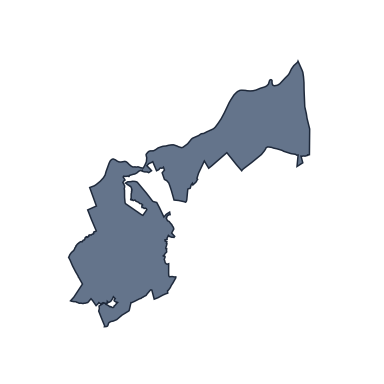 Santa Mare, Botosani, Romania, rotated 282°
{"feature_id": "2599482B82082933553236", "entity_name": "Santa Mare", "entity_type": "district", "adm_level": 2, "iso_a3": "ROU", "parent_name": "Romania", "parent_adm1": "Botosani", "projection": "robinson", "projection_center": [27.269, 47.633], "detail": "fine", "context": "isolated", "style": "filled", "palette": "slate", "viewbox_px": 384, "rotation_deg": 282, "n_neighbors": 0, "source": "geoboundaries", "source_scale": "gbopen_adm2", "svg_char_len": 6002}
<svg xmlns="http://www.w3.org/2000/svg" viewBox="0 0 384 384"><g transform="rotate(282 192 192)"><path d="M252.9,299.1L278.1,294.0L288.0,289.2L292.3,287.6L298.8,284.6L315.1,280.4L322.2,278.8L327.9,277.1L332.2,275.5L334.2,274.2L342.0,268.5L341.2,268.4L340.2,267.8L336.8,265.3L333.1,263.7L328.2,262.5L326.3,261.7L322.8,259.4L316.1,255.4L314.5,253.7L314.0,252.9L313.0,250.4L313.2,249.0L314.4,248.0L316.1,247.4L317.4,247.2L317.9,246.9L318.2,246.4L318.3,245.8L317.7,244.9L317.2,244.7L313.3,244.3L311.2,242.9L309.9,241.3L307.7,237.3L305.0,233.4L303.7,230.6L302.9,227.8L302.5,224.9L302.5,223.2L301.9,219.4L301.4,217.8L299.7,215.6L298.2,214.5L295.7,212.9L290.5,210.9L287.2,209.8L276.3,207.2L269.7,205.3L264.9,203.4L260.3,201.3L258.6,200.1L257.7,199.1L253.9,193.9L251.8,191.4L251.5,190.7L251.0,189.2L250.7,188.7L248.7,186.9L244.7,181.3L243.5,180.4L238.2,177.7L233.8,173.8L233.2,172.6L233.5,169.1L233.8,168.3L234.3,164.4L234.2,163.6L233.7,161.7L232.7,159.1L231.6,157.0L230.7,154.1L229.7,152.3L228.1,149.7L226.0,147.8L224.3,145.8L223.5,142.6L223.0,141.6L221.7,140.5L219.3,139.3L218.1,139.6L216.1,140.6L212.1,141.1L207.9,140.2L205.3,139.3L205.1,138.3L205.1,136.5L205.4,134.5L205.4,133.9L204.7,132.1L204.8,131.4L204.2,128.9L204.3,128.4L204.7,127.1L205.8,124.9L207.3,122.7L207.9,121.3L208.0,120.5L208.0,119.9L206.6,116.4L206.4,115.6L206.3,114.0L206.7,112.3L207.5,110.5L207.9,108.4L207.9,107.9L207.3,106.9L206.5,106.2L205.3,105.5L202.8,104.9L194.2,103.7L190.6,103.5L187.5,102.4L183.4,100.0L179.3,96.7L177.8,95.2L175.1,91.0L158.4,101.4L152.8,93.7L144.1,99.4L134.0,106.5L133.3,105.8L132.9,104.8L132.5,104.3L131.7,104.2L131.3,104.5L130.7,104.4L130.2,103.7L130.2,103.3L129.0,102.4L129.0,101.7L128.6,101.2L128.7,100.6L128.1,100.0L127.8,100.3L127.2,100.3L126.0,99.2L125.8,98.8L126.4,98.5L126.3,97.8L125.4,97.4L125.1,97.0L123.1,96.9L122.6,96.5L122.4,95.8L121.9,95.4L120.7,95.1L120.8,94.7L120.2,94.0L120.2,93.3L118.8,91.9L118.2,91.8L117.8,91.1L116.2,90.2L115.2,89.9L115.0,89.6L114.3,89.7L112.7,89.0L111.7,89.0L111.1,88.7L110.2,88.5L109.7,88.2L109.2,87.6L106.9,86.2L104.8,85.4L103.7,85.3L102.4,84.9L100.3,86.7L94.8,90.6L89.8,94.7L86.3,97.9L86.2,98.1L85.3,98.4L84.9,99.0L79.2,104.0L64.6,98.3L60.3,95.8L60.1,96.9L60.2,97.8L60.1,98.6L60.5,101.4L60.1,102.4L60.2,102.9L59.8,104.4L59.8,105.2L60.2,106.5L60.2,108.7L60.6,109.1L61.3,111.4L61.8,111.9L62.1,112.9L63.0,113.5L66.6,115.4L65.1,117.4L60.9,121.8L63.3,123.4L64.5,123.9L63.4,126.1L65.0,127.7L65.3,128.1L65.2,130.0L65.1,130.4L64.6,131.1L64.7,131.3L65.4,131.5L65.6,132.2L67.4,131.9L66.5,133.3L68.1,135.2L71.2,136.5L73.2,136.9L71.8,139.1L70.3,138.3L69.6,138.4L69.2,138.8L68.7,140.2L68.5,142.2L67.6,141.7L67.4,141.2L66.8,141.2L65.0,140.2L64.3,139.5L63.3,139.5L62.8,139.0L62.5,138.7L62.5,137.9L62.6,137.5L62.9,136.9L62.7,136.5L63.0,135.8L62.7,135.4L63.3,134.3L64.1,132.0L64.1,131.3L64.9,130.4L65.0,128.7L61.1,124.8L58.7,125.6L56.1,125.5L50.5,129.2L43.5,134.0L43.0,134.3L42.0,134.3L42.5,136.0L43.0,136.9L43.7,137.4L46.4,137.7L47.2,138.2L48.5,139.7L49.3,141.7L51.5,144.9L57.0,149.1L62.6,155.0L63.3,155.2L71.1,155.3L71.1,155.8L73.0,158.4L76.9,163.2L77.2,164.1L78.6,165.3L78.9,165.9L79.6,166.5L81.3,168.6L83.0,169.3L87.6,171.8L87.8,173.0L87.3,173.3L79.3,177.3L81.5,180.7L85.1,184.9L86.9,187.4L88.0,189.3L90.3,188.6L91.2,189.4L93.9,190.6L96.4,191.2L98.9,192.2L104.7,194.0L105.6,193.8L105.2,192.3L105.2,190.2L104.4,187.6L105.2,186.7L107.8,186.0L117.0,184.1L116.3,182.9L116.2,182.5L116.4,181.7L117.2,180.5L119.5,179.4L120.2,178.8L122.6,179.2L123.4,179.0L123.4,177.2L123.6,177.1L124.3,177.8L126.7,178.7L127.6,179.5L128.2,179.7L129.1,179.3L131.3,179.0L131.1,178.3L131.6,177.9L135.5,178.3L135.9,178.0L136.3,178.1L136.3,177.7L138.3,177.7L138.2,176.2L138.6,176.1L138.7,175.8L139.6,175.5L140.0,176.6L140.5,177.5L141.6,177.2L144.6,177.9L143.8,178.9L144.1,179.2L143.7,180.1L143.5,181.8L143.8,182.7L143.8,183.8L145.0,184.3L147.6,180.6L152.0,181.9L153.6,181.1L154.6,180.0L156.0,178.9L157.0,177.4L158.4,175.8L158.8,174.0L161.1,172.2L161.7,172.6L162.4,172.5L163.6,172.9L164.8,174.1L165.2,175.0L165.3,175.3L167.7,174.3L164.8,171.4L161.7,169.7L169.8,163.5L174.4,159.7L174.6,156.2L174.8,155.4L181.3,147.8L189.6,137.2L190.4,136.0L190.5,134.2L190.4,133.2L190.1,131.5L189.4,130.0L188.6,126.9L186.9,125.1L186.3,126.6L185.8,127.3L185.5,128.5L184.8,129.9L184.8,130.7L183.1,132.1L182.0,132.4L181.7,132.8L181.0,132.8L180.7,132.9L180.6,132.7L180.0,132.7L179.0,133.0L177.5,132.9L173.2,133.8L172.6,133.6L171.8,133.6L171.5,134.2L172.0,134.5L172.1,135.2L171.5,135.8L171.4,136.3L172.3,137.8L172.1,138.3L171.3,139.1L170.8,142.0L169.9,143.1L169.9,145.1L169.0,146.4L168.0,145.8L166.4,146.3L166.6,147.8L165.9,148.6L166.5,149.8L166.2,150.8L165.3,151.5L158.9,148.8L159.4,147.0L166.7,129.6L167.1,129.1L167.8,128.7L172.6,127.2L179.8,125.6L181.1,125.0L182.3,125.1L183.9,124.9L187.0,122.4L188.9,123.2L189.8,124.0L192.3,121.6L193.2,121.8L193.5,123.7L193.5,124.1L194.2,125.7L194.0,126.5L194.1,127.2L194.5,127.3L195.1,127.2L197.2,131.0L197.7,132.3L199.2,134.1L201.3,135.7L202.3,137.1L202.4,138.3L202.8,138.8L202.0,138.9L201.8,141.3L202.3,144.2L201.9,145.6L204.4,148.0L205.8,146.2L208.3,142.4L210.7,143.8L212.6,146.4L213.5,147.3L205.4,152.9L206.8,154.7L207.3,155.1L208.4,155.5L209.0,156.3L208.9,156.9L209.1,157.8L209.6,158.5L210.3,158.9L207.7,160.5L204.6,158.8L204.2,159.0L198.6,162.4L198.2,163.5L198.0,164.7L196.0,167.4L192.8,169.4L188.8,171.7L180.4,176.1L180.9,180.6L180.9,186.0L180.7,187.9L181.7,188.4L183.3,188.5L193.8,187.3L194.3,187.6L195.1,189.3L195.4,189.5L198.6,189.7L200.6,190.6L199.1,191.4L202.3,193.7L203.5,194.2L204.4,194.3L205.5,194.9L206.4,194.0L211.8,194.5L224.9,197.6L218.7,203.4L221.9,206.0L237.7,217.9L228.1,229.6L223.1,236.2L223.9,236.5L225.3,237.4L233.2,244.2L243.1,252.1L247.0,254.1L249.0,254.9L250.7,255.3L251.9,256.7L252.2,260.6L251.9,262.7L251.9,266.2L251.5,271.0L251.3,272.0L250.9,273.1L250.1,281.0L250.4,285.4L249.8,286.7L250.2,288.1L238.8,289.4L243.6,294.3L249.7,291.2L249.9,292.3L250.4,293.5L250.6,295.1L251.9,297.6L252.4,297.4L252.9,299.1Z" fill="#64748b" stroke="#1e293b" stroke-width="1.5"/></g></svg>